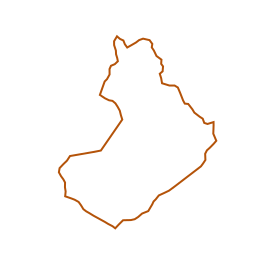 Abadia de Goiás, Goiás, Brazil, rotated 70°
{"feature_id": "56859067B10262274710993", "entity_name": "Abadia de Goiás", "entity_type": "district", "adm_level": 2, "iso_a3": "BRA", "parent_name": "Brazil", "parent_adm1": "Goiás", "projection": "mercator", "projection_center": [-49.464, -16.79], "detail": "fine", "context": "isolated", "style": "outline", "palette": "amber", "viewbox_px": 256, "rotation_deg": 70, "n_neighbors": 0, "source": "geoboundaries", "source_scale": "gbopen_adm2", "svg_char_len": 1406}
<svg xmlns="http://www.w3.org/2000/svg" viewBox="0 0 256 256"><g transform="rotate(70 128 128)"><path d="M217.9,174.3L215.6,169.8L213.0,164.2L214.3,160.3L215.5,156.8L216.0,152.9L215.1,148.9L213.2,144.0L213.0,137.4L208.1,131.4L205.8,129.1L204.5,126.3L201.9,122.1L201.4,115.9L200.9,110.9L198.9,104.1L189.0,72.6L187.1,69.7L184.5,66.2L178.6,64.3L176.0,61.5L174.5,57.8L172.2,53.0L170.2,49.4L162.5,49.8L158.6,48.2L154.6,46.6L151.7,45.6L151.4,51.9L149.3,54.6L144.8,54.6L141.9,56.8L136.2,60.4L132.5,61.1L126.0,63.2L124.5,66.3L121.0,66.8L112.9,67.0L107.0,67.3L104.0,69.7L102.3,74.5L97.6,80.7L92.5,79.8L87.9,79.6L86.6,76.1L82.1,74.0L79.1,74.9L75.2,73.2L70.1,76.6L64.0,77.2L60.4,78.1L57.3,76.4L52.8,77.7L49.2,83.3L49.2,87.5L50.4,91.3L51.4,97.0L52.1,101.2L48.2,102.3L44.2,102.4L41.5,105.1L38.1,107.0L41.7,111.4L45.4,112.7L51.1,112.9L54.6,114.0L58.5,114.2L61.8,114.7L63.5,118.6L63.7,122.7L66.3,125.2L71.4,127.0L74.9,131.0L76.3,134.0L79.3,136.5L87.3,143.1L92.2,139.5L95.5,136.3L97.2,133.3L100.5,131.4L104.4,130.5L108.9,129.8L113.6,130.3L118.1,130.5L139.9,161.2L138.7,168.8L134.5,192.1L137.8,196.5L139.9,201.2L142.3,206.0L146.0,208.1L150.4,207.4L154.2,206.3L157.7,205.8L162.1,207.5L166.3,208.3L170.7,210.4L174.5,205.7L177.1,202.7L180.6,199.7L184.5,198.6L189.0,197.7L192.0,195.8L194.7,193.5L198.6,190.4L203.5,186.1L208.3,181.9L211.3,179.5L215.0,176.1L217.9,174.3Z" fill="none" stroke="#b45309" stroke-width="2"/></g></svg>